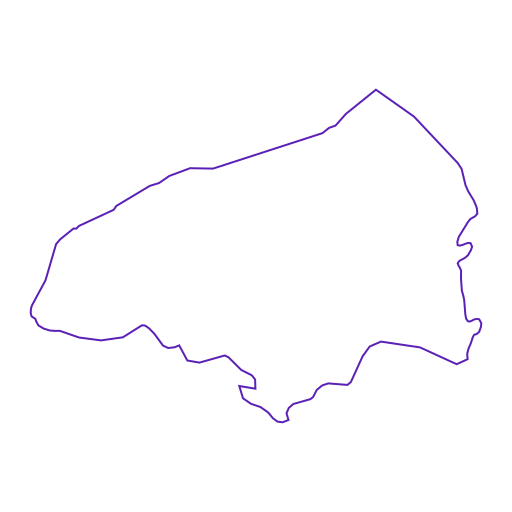 SVG path tracing the border of Seine-Maritime
{"feature_id": "FRA-5343", "entity_name": "Seine-Maritime", "entity_type": "Metropolitan department", "adm_level": 1, "iso_a3": "FRA", "parent_name": "France", "parent_adm1": "", "projection": "mercator", "projection_center": [1.134, 49.661], "detail": "fine", "context": "isolated", "style": "outline", "palette": "violet", "viewbox_px": 512, "rotation_deg": 0, "n_neighbors": 0, "source": "natural_earth", "source_scale": "10m", "svg_char_len": 1632}
<svg xmlns="http://www.w3.org/2000/svg" viewBox="0 0 512 512"><path d="M141.8,325.4L122.9,337.3L101.0,340.4L79.0,337.5L60.0,330.9L54.5,330.9L49.9,330.5L43.7,328.6L38.4,325.4L36.2,321.4L35.4,318.9L31.6,316.4L30.7,312.9L31.0,308.4L31.9,305.5L45.5,280.3L56.1,244.1L60.1,239.4L73.4,228.6L76.3,228.6L79.0,225.9L113.7,209.8L116.4,205.9L149.7,185.9L158.9,183.1L169.4,175.9L190.1,168.2L213.0,168.6L322.5,133.1L329.0,127.9L335.5,125.6L346.0,113.8L375.9,89.7L414.0,116.6L457.7,163.0L461.6,168.9L465.5,185.1L468.2,191.3L473.7,200.3L476.2,206.2L477.0,209.1L477.3,213.7L475.1,216.3L470.3,219.0L468.0,222.0L458.9,236.7L457.3,241.9L457.7,245.2L460.1,245.6L462.7,244.9L465.5,243.7L468.3,242.9L470.6,243.2L472.1,246.7L470.9,250.2L467.9,255.3L464.9,257.9L459.5,260.8L457.7,263.2L458.5,265.5L459.9,267.8L461.1,270.7L461.0,278.6L461.9,291.0L463.2,295.2L464.2,300.1L465.3,314.1L466.1,318.7L468.0,321.3L469.7,321.5L471.5,320.9L473.8,319.6L476.6,318.9L479.2,319.3L481.3,323.2L480.9,326.9L479.2,331.8L477.0,333.8L475.3,334.5L474.4,334.6L473.8,335.3L472.8,337.2L471.0,342.8L468.4,349.0L467.2,353.9L467.6,359.2L456.7,364.2L420.0,347.4L381.0,341.6L369.7,346.5L362.6,356.3L350.9,382.0L347.5,384.9L328.2,383.4L322.1,385.5L316.8,389.9L313.1,397.0L310.5,399.1L293.3,404.0L288.8,407.9L286.5,413.3L288.5,420.0L282.6,422.3L277.5,421.6L272.9,418.2L268.2,412.5L260.4,407.0L251.0,403.8L243.0,398.3L239.3,386.0L255.4,388.7L255.1,379.5L251.8,375.3L241.3,370.0L228.4,357.2L224.7,355.5L199.4,362.6L187.3,360.5L179.2,345.4L174.5,347.3L168.2,348.0L163.0,345.6L154.3,333.7L149.1,328.4L145.8,326.0L144.1,325.4L141.8,325.4Z" fill="none" stroke="#5b21b6" stroke-width="2"/></svg>